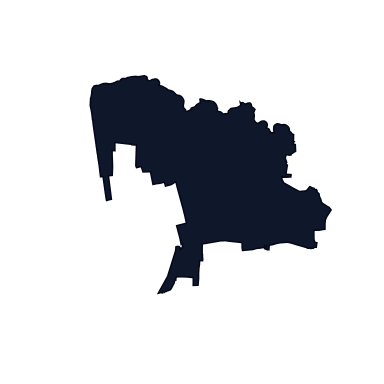 outline of Miroslovesti, Iasi, Romania, rotated 117°
{"feature_id": "2599482B34880028878673", "entity_name": "Miroslovesti", "entity_type": "district", "adm_level": 2, "iso_a3": "ROU", "parent_name": "Romania", "parent_adm1": "Iasi", "projection": "mercator", "projection_center": [26.644, 47.15], "detail": "fine", "context": "isolated", "style": "filled", "palette": "ink", "viewbox_px": 384, "rotation_deg": 117, "n_neighbors": 0, "source": "geoboundaries", "source_scale": "gbopen_adm2", "svg_char_len": 5982}
<svg xmlns="http://www.w3.org/2000/svg" viewBox="0 0 384 384"><g transform="rotate(117 192 192)"><path d="M108.6,118.2L102.8,121.5L103.1,122.8L103.5,123.6L102.1,124.0L100.9,123.8L101.3,124.8L100.3,125.2L100.1,124.9L95.2,127.3L94.8,127.4L94.6,130.0L94.1,130.6L93.8,131.3L93.8,132.3L93.5,132.7L91.3,134.3L90.7,135.0L90.3,135.7L90.0,136.7L89.7,138.4L89.8,139.6L89.9,140.0L90.2,140.8L91.3,142.4L91.7,143.3L91.7,143.8L91.9,145.4L92.2,146.3L92.9,147.5L94.1,148.3L95.2,148.8L96.4,148.8L97.0,148.7L98.1,147.9L98.9,147.9L101.8,145.7L102.5,147.2L102.9,147.8L103.6,148.2L103.6,148.4L102.6,149.8L102.2,150.6L101.5,151.3L101.0,152.1L100.9,153.0L101.1,154.6L98.8,155.1L97.7,155.5L97.2,156.0L96.3,157.1L95.9,158.6L96.0,160.0L96.6,161.1L97.5,162.3L98.0,162.6L100.5,164.1L100.8,164.3L101.1,164.9L101.1,167.0L99.6,169.4L99.1,169.8L98.3,170.2L96.4,170.8L95.7,171.2L95.1,171.5L93.1,173.2L91.9,173.2L91.0,173.4L89.9,173.3L89.3,175.0L89.2,175.5L89.2,176.5L88.7,177.8L87.1,179.0L86.7,179.5L86.4,180.2L86.4,180.6L86.6,181.2L86.7,181.5L87.8,182.9L89.4,184.4L89.5,184.7L89.6,185.3L89.3,187.1L89.5,187.8L90.3,188.7L90.5,189.1L90.3,189.6L92.8,187.7L93.5,188.4L95.5,189.5L96.6,190.6L97.3,191.7L97.8,192.1L98.6,193.5L99.9,195.2L103.1,196.3L103.6,196.3L104.4,195.9L105.1,195.6L105.5,195.7L105.9,195.9L106.1,196.2L107.6,198.6L108.5,199.6L107.9,201.3L107.7,202.5L107.7,203.2L108.3,205.2L108.3,205.7L108.2,206.0L106.8,207.1L106.1,207.2L106.2,207.4L105.0,208.2L103.5,209.7L103.0,210.5L102.5,211.4L102.1,212.7L101.9,213.9L102.0,215.0L102.5,217.0L103.2,218.8L103.6,219.6L104.2,219.9L104.7,224.7L105.1,226.4L105.3,226.8L105.7,227.1L108.5,225.1L110.4,226.5L112.3,227.5L114.1,227.9L115.1,228.3L115.5,228.6L116.0,229.3L116.9,230.2L117.6,230.7L117.9,230.7L119.2,230.6L120.3,231.2L122.6,233.1L122.9,233.6L122.9,234.0L122.4,234.5L121.7,235.1L121.5,235.5L120.9,237.4L120.4,238.0L119.0,239.0L116.4,239.8L114.5,240.6L113.9,241.1L112.6,242.9L111.9,244.4L111.7,245.6L111.7,246.9L112.4,249.2L112.5,250.1L111.4,253.3L111.0,255.1L111.9,256.3L111.2,256.7L111.9,259.5L111.8,260.5L111.5,261.1L111.4,263.9L111.3,266.2L111.5,267.5L112.1,269.9L112.1,270.0L111.2,269.9L110.7,269.9L109.6,270.5L108.7,271.2L108.3,271.8L107.9,272.4L107.5,273.8L107.4,274.4L107.6,275.2L108.2,276.5L108.6,276.7L109.4,278.0L110.3,278.9L112.2,279.9L112.4,280.2L112.3,282.9L110.6,283.8L110.0,284.4L109.8,285.1L110.0,287.2L113.5,291.9L114.7,294.9L116.5,297.8L119.4,301.5L120.8,302.4L122.6,305.7L124.2,306.5L126.0,306.7L126.3,307.1L126.9,308.5L128.3,309.7L129.3,310.3L131.0,311.9L132.4,313.5L132.9,314.1L133.9,316.9L134.4,318.2L135.7,320.3L137.6,322.1L139.7,323.8L139.9,324.0L140.0,324.6L140.4,325.5L140.9,326.1L141.1,326.1L141.3,326.3L141.4,326.6L141.6,326.9L142.0,327.4L145.1,327.8L145.6,327.7L147.5,327.1L149.5,326.2L152.3,325.3L155.2,324.7L155.3,324.5L156.8,323.9L161.2,321.9L161.3,321.7L161.6,321.6L162.7,320.6L167.1,317.2L172.5,313.6L174.2,312.2L175.0,311.8L178.2,309.6L194.4,298.2L195.0,297.9L195.9,297.1L199.9,294.4L202.6,292.3L204.1,291.4L209.8,287.2L220.0,280.4L218.6,278.3L232.6,268.5L238.2,264.5L238.4,264.2L236.5,262.3L235.1,260.5L215.5,273.8L213.4,270.6L205.4,274.3L195.5,279.8L191.3,282.0L190.3,279.4L182.9,283.2L176.8,267.1L177.2,266.9L175.4,262.8L194.1,254.0L195.5,252.5L192.4,248.9L193.5,247.6L196.4,244.8L192.8,238.2L203.0,230.2L200.5,227.1L199.0,224.8L195.8,221.0L198.8,218.3L197.7,217.1L196.0,215.1L194.5,213.6L192.1,212.3L190.2,211.0L194.3,207.5L210.9,192.4L214.4,189.4L215.9,188.0L219.9,184.8L221.9,183.0L222.1,182.9L222.4,183.1L223.2,183.8L229.0,190.4L238.7,181.7L243.8,177.7L242.6,176.8L244.9,175.4L245.5,175.8L247.7,175.5L248.3,176.2L248.5,176.5L246.9,177.4L246.5,178.7L246.5,179.0L247.0,180.1L248.0,181.4L248.3,181.4L249.2,180.9L252.1,179.9L278.3,175.4L297.6,176.1L297.1,175.5L296.3,174.8L295.6,173.8L295.5,172.8L295.2,172.3L294.6,172.6L293.5,171.3L293.7,171.0L293.0,170.8L292.4,169.9L292.1,169.6L291.3,169.2L290.6,168.3L288.9,166.9L286.6,166.6L284.8,166.7L284.3,166.5L283.2,166.8L282.0,166.5L278.3,167.2L277.8,166.4L276.6,167.1L275.9,167.2L275.3,167.4L274.9,167.4L274.7,167.0L274.4,167.0L272.0,162.2L270.0,158.0L267.7,152.0L274.7,148.5L272.3,144.3L266.0,146.9L261.1,149.4L256.4,151.4L253.1,152.5L249.9,154.0L248.7,152.2L248.5,151.4L247.2,151.8L244.8,153.3L242.6,154.5L241.7,155.3L233.8,159.2L233.4,159.0L232.0,157.0L230.4,154.9L222.4,144.2L221.9,143.1L220.3,140.4L218.4,135.1L216.0,128.9L214.4,124.6L214.5,124.5L216.4,123.3L219.2,121.9L220.2,121.0L221.2,120.5L215.6,111.6L213.8,109.8L212.4,108.1L211.3,106.2L209.2,103.3L208.1,102.8L206.8,101.7L209.5,101.6L209.3,98.6L208.7,97.8L208.6,97.3L204.2,99.1L203.8,98.3L202.3,96.2L200.0,93.9L198.5,92.1L197.1,90.2L194.0,85.1L193.2,83.6L192.4,80.3L191.2,73.4L190.3,69.2L189.9,66.7L189.6,65.4L189.6,64.1L189.5,63.3L189.3,62.7L188.3,61.2L188.5,60.6L187.2,58.8L186.9,58.2L186.0,58.4L184.8,56.2L180.5,57.7L180.7,58.2L180.8,58.8L181.0,59.8L179.0,61.7L178.0,62.3L172.4,65.2L170.7,65.9L168.2,61.2L165.5,57.7L164.9,56.6L159.7,59.2L156.2,60.5L153.9,60.7L152.5,60.7L144.9,59.9L144.4,60.6L144.0,61.8L143.4,63.0L143.5,64.2L143.3,65.9L143.4,66.5L143.4,66.8L143.3,67.1L143.2,67.1L143.1,67.5L143.0,68.8L143.0,69.3L142.9,70.2L142.3,72.0L139.7,74.3L139.0,75.5L138.2,76.2L137.8,76.8L136.0,77.9L135.7,78.7L135.6,79.3L135.2,80.4L135.0,80.7L134.3,81.1L134.0,81.3L134.0,81.5L133.8,81.5L133.5,82.0L133.4,82.5L133.5,82.7L133.8,82.9L133.9,83.4L133.9,83.8L133.7,84.6L133.3,84.9L133.4,85.4L133.4,85.6L133.6,86.1L133.7,86.7L133.8,87.2L133.6,88.5L133.7,89.4L133.8,89.5L136.6,90.1L138.4,90.5L138.9,90.7L139.3,90.7L139.3,91.0L139.6,91.5L142.5,96.0L142.8,96.6L142.7,104.0L142.5,107.0L142.3,112.5L142.2,113.1L142.4,114.1L139.9,117.6L138.1,118.7L137.8,118.1L137.6,117.9L137.1,118.2L137.1,117.9L137.4,117.3L135.1,113.1L134.6,112.4L133.8,110.8L133.4,111.1L132.8,111.1L132.2,111.3L131.5,111.6L133.6,116.4L124.8,119.2L124.6,120.1L124.3,120.5L122.6,121.9L122.4,121.3L121.6,122.0L120.8,123.1L120.1,123.5L119.9,124.3L115.9,125.0L115.0,122.0L114.1,120.6L113.2,120.9L108.6,118.2Z" fill="#0f172a" stroke="#020617" stroke-width="1.5"/></g></svg>